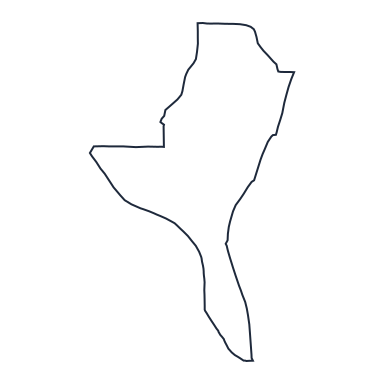 outline of Chraoy Chongvar, Phnom Penh, Cambodia
{"feature_id": "14789045B54201472344592", "entity_name": "Chraoy Chongvar", "entity_type": "district", "adm_level": 2, "iso_a3": "KHM", "parent_name": "Cambodia", "parent_adm1": "Phnom Penh", "projection": "albers", "projection_center": [104.923, 11.649], "detail": "fine", "context": "isolated", "style": "outline", "palette": "slate", "viewbox_px": 384, "rotation_deg": 0, "n_neighbors": 0, "source": "geoboundaries", "source_scale": "gbopen_adm2", "svg_char_len": 2251}
<svg xmlns="http://www.w3.org/2000/svg" viewBox="0 0 384 384"><path d="M294.1,72.2L290.1,72.0L284.8,72.0L280.6,71.9L278.3,71.5L277.5,69.2L276.4,64.3L273.5,61.7L270.9,58.8L267.8,55.3L263.4,50.7L260.7,47.3L257.8,43.3L256.5,37.0L255.0,31.7L253.8,29.2L250.7,26.8L246.2,25.2L240.0,24.2L233.6,23.9L225.1,23.8L217.3,23.5L210.5,23.6L206.8,23.5L202.8,23.0L197.6,23.2L197.8,31.2L197.8,37.6L197.9,43.7L197.0,52.0L195.9,59.1L193.5,63.3L188.3,69.7L186.2,74.1L185.1,77.1L183.7,84.1L182.4,91.2L181.3,94.8L177.4,99.5L172.2,104.1L165.4,110.0L164.2,115.9L161.7,118.7L160.4,122.0L161.6,123.0L164.0,124.7L163.6,126.2L163.9,146.9L161.5,146.7L157.7,146.8L152.9,146.7L148.0,146.6L136.5,147.1L135.4,147.1L123.2,146.4L117.5,146.4L110.1,146.4L109.0,146.4L103.8,146.2L102.6,146.2L93.8,146.4L89.9,153.0L92.0,156.3L96.3,162.0L100.5,168.6L104.7,173.7L106.2,176.0L108.6,179.7L110.7,182.9L113.6,187.4L117.6,192.1L120.2,195.2L124.7,200.2L131.4,204.3L137.3,206.9L140.5,208.3L143.3,209.2L149.2,211.3L154.0,213.3L156.6,214.5L160.3,216.0L166.0,218.5L170.8,221.1L174.6,223.2L177.0,225.4L180.5,228.8L183.4,231.5L187.9,236.0L191.6,240.7L195.8,245.8L199.1,251.7L201.2,256.9L201.6,258.5L202.0,261.5L203.0,265.8L203.5,268.8L203.7,271.7L203.7,272.9L203.9,275.4L204.3,278.6L204.6,282.3L204.3,290.1L204.4,292.3L204.5,294.7L204.6,299.9L204.7,305.9L204.7,308.6L204.7,309.7L205.1,310.8L206.7,313.2L208.9,316.9L211.6,321.1L214.2,325.0L216.5,328.6L218.2,330.7L218.5,331.8L220.3,334.9L222.0,336.8L223.9,339.2L224.2,340.3L225.2,342.5L226.9,345.7L228.4,348.7L229.5,349.9L231.7,352.4L234.9,355.1L238.0,356.9L240.2,358.3L243.6,360.6L245.1,360.6L246.4,361.0L249.3,360.8L252.9,360.7L251.6,358.0L251.5,354.8L250.0,333.8L249.3,324.4L248.0,315.3L246.8,308.5L245.2,302.0L242.3,294.7L241.1,291.1L240.7,290.0L239.0,285.6L236.9,279.4L235.6,275.6L232.9,267.3L232.1,264.7L230.1,258.3L228.3,252.2L227.6,249.6L226.7,245.7L225.7,243.8L227.6,240.3L227.9,233.7L228.8,226.9L230.1,221.4L233.0,211.4L235.7,205.1L240.2,199.0L243.7,193.8L247.8,187.1L251.6,181.9L254.1,180.3L260.6,159.5L262.6,154.1L264.7,149.3L267.8,141.9L271.3,136.6L272.9,135.1L275.9,134.8L276.6,132.5L278.0,126.7L280.2,120.0L282.3,113.1L284.3,102.8L286.4,94.8L288.6,86.9L291.4,78.8L293.6,73.4L294.1,72.2Z" fill="none" stroke="#1e293b" stroke-width="2"/></svg>